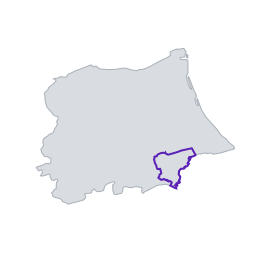 Ivory Coast, with Cavally highlighted, rotated 256°
{"feature_id": "CIV-3459", "entity_name": "Cavally", "entity_type": "Department", "adm_level": 1, "iso_a3": "CIV", "parent_name": "Ivory Coast", "parent_adm1": "", "projection": "equal_earth", "projection_center": [-7.856, 6.298], "detail": "fine", "context": "in_parent", "style": "outline", "palette": "violet", "viewbox_px": 256, "rotation_deg": 256, "n_neighbors": 0, "source": "natural_earth", "source_scale": "10m", "svg_char_len": 6280}
<svg xmlns="http://www.w3.org/2000/svg" viewBox="0 0 256 256"><g transform="rotate(256 128 128)"><path d="M72.3,46.7L72.9,46.7L74.7,46.0L76.3,44.4L77.8,41.2L79.8,38.6L82.1,38.7L82.7,38.3L83.5,38.2L84.5,39.9L85.4,41.2L86.1,41.2L86.6,43.7L90.8,44.8L92.5,45.5L94.0,47.3L94.6,47.3L95.2,46.9L95.7,46.3L95.8,45.6L95.1,44.0L95.4,42.5L96.1,41.2L97.1,41.1L98.8,40.7L100.6,40.7L102.0,41.0L102.5,39.6L102.0,35.9L102.1,33.9L102.3,32.2L102.9,31.5L104.9,33.7L106.8,34.4L108.1,34.5L108.5,34.1L107.9,31.7L108.1,31.0L108.6,30.6L109.5,30.4L111.8,29.4L112.1,29.6L112.5,33.3L112.3,34.5L112.8,37.0L113.5,39.4L113.4,40.3L112.9,41.8L112.3,43.1L112.4,43.7L113.3,44.6L115.2,45.5L117.1,45.7L118.1,44.4L119.2,43.2L120.0,42.3L120.2,40.8L121.4,39.7L124.8,38.4L128.0,38.2L128.7,38.6L130.2,40.6L132.0,42.1L134.7,41.9L136.7,42.7L138.5,44.3L139.6,47.8L140.9,50.3L141.5,53.9L143.5,55.8L145.0,56.6L147.2,59.2L149.4,60.6L151.6,60.3L152.7,61.6L154.4,62.6L156.1,62.7L157.6,59.7L159.6,58.5L164.5,56.1L166.5,55.0L168.5,54.3L173.3,54.1L177.8,54.8L180.0,55.4L181.5,55.0L182.9,56.4L184.4,59.4L185.7,60.3L186.9,61.4L187.8,63.7L188.9,66.1L189.5,67.1L190.9,69.4L192.0,69.5L193.2,68.5L193.6,67.7L193.9,69.3L193.4,71.7L193.5,73.3L194.2,73.9L193.8,75.8L192.5,79.2L192.5,81.2L193.9,81.8L194.8,83.9L195.4,87.6L195.9,88.8L196.0,89.5L197.0,98.3L198.2,107.1L197.5,108.2L196.4,108.5L195.8,108.9L195.6,109.8L196.0,111.0L195.8,112.1L194.5,112.8L191.7,115.6L191.5,116.7L190.8,119.1L190.2,120.6L189.3,123.3L187.9,130.4L187.4,136.3L187.3,138.1L186.8,139.4L186.1,141.2L183.1,146.3L181.6,150.4L181.8,152.2L181.9,154.0L181.4,155.3L181.5,158.8L181.9,161.8L182.5,164.6L184.7,172.8L185.8,177.7L186.5,181.7L187.2,184.4L187.8,185.5L188.0,186.5L191.3,187.2L191.9,187.8L192.8,193.0L192.7,195.4L192.0,196.3L192.0,198.3L191.9,200.7L191.4,201.7L189.6,201.8L188.4,202.8L186.7,202.4L186.6,201.8L185.7,201.6L183.3,200.2L183.7,195.6L182.6,195.5L181.7,196.0L180.0,201.5L179.2,202.4L167.1,199.6L164.5,197.4L161.4,196.8L155.9,197.1L151.4,197.8L150.1,199.1L161.5,198.3L162.7,198.5L163.3,199.3L148.9,201.1L143.4,202.2L141.8,201.9L140.6,200.1L134.6,199.9L133.4,200.5L132.7,201.8L135.0,201.5L138.7,201.4L139.7,202.4L128.1,203.7L120.1,206.1L116.7,207.9L105.5,213.8L98.6,216.6L96.8,217.7L93.7,220.6L89.7,222.4L85.3,225.8L82.5,226.6L81.9,225.5L81.8,219.7L81.4,212.0L81.6,209.0L81.9,206.3L82.0,204.0L83.3,203.1L83.7,202.1L83.9,199.1L85.2,196.4L85.2,191.6L85.6,190.6L85.8,189.4L85.3,186.3L84.6,180.4L84.2,180.0L83.9,180.2L83.2,180.3L80.4,178.3L78.2,177.9L76.7,176.2L76.6,174.2L75.9,173.1L75.4,170.8L74.6,168.2L72.5,166.6L70.4,166.2L69.0,166.5L67.3,166.4L65.4,165.6L64.1,164.6L62.8,162.6L61.7,161.1L60.8,161.3L59.6,160.9L58.5,160.2L58.1,159.7L62.8,153.6L64.4,150.6L64.6,148.8L64.6,146.9L65.1,145.0L65.2,142.2L62.6,131.7L62.0,128.5L61.3,127.5L60.9,127.2L62.2,125.8L64.0,126.2L66.7,127.2L67.3,126.2L69.4,120.9L69.3,119.0L69.1,117.6L70.3,114.0L71.3,112.6L71.8,111.1L71.7,109.0L70.9,108.3L70.0,108.4L68.8,107.9L67.1,106.7L66.2,105.7L66.4,100.9L66.6,99.4L67.2,98.6L68.2,98.3L70.9,98.2L73.1,98.7L75.1,99.1L76.1,99.0L76.9,100.5L78.0,101.9L79.0,101.9L79.4,100.8L79.1,96.1L78.5,93.6L77.0,91.2L73.2,89.2L73.1,86.3L73.5,83.2L74.3,82.1L77.1,80.1L76.6,79.0L75.7,77.9L73.9,76.8L74.3,73.1L74.4,69.8L72.9,70.1L71.3,70.3L70.0,69.3L68.9,67.3L68.7,61.8L68.7,55.4L68.5,52.6L68.9,51.1L70.3,49.7L71.7,47.9L72.3,46.7ZM185.2,202.5L184.6,203.7L181.5,202.9L182.2,201.9L185.2,202.5Z" fill="#d9dde1" stroke="#a8b0b8" stroke-width="1"/><path d="M59.4,158.1L59.8,157.6L61.4,155.8L61.9,155.1L62.0,155.2L64.3,157.2L64.5,157.3L64.9,157.0L65.1,156.9L65.4,156.8L65.6,156.7L66.1,156.2L66.3,156.0L66.3,155.9L66.3,155.7L66.3,155.4L66.3,155.2L66.3,154.7L66.6,154.7L66.8,154.7L67.0,154.6L67.1,154.3L67.0,153.9L66.9,153.8L67.0,153.6L67.5,153.2L67.7,153.3L67.7,153.5L67.8,153.6L68.1,153.5L68.3,153.2L68.4,152.9L68.4,152.3L68.4,151.9L68.5,151.8L68.8,151.6L68.9,151.3L69.0,151.2L69.3,151.0L69.5,150.8L69.7,150.6L69.8,150.6L69.9,150.3L69.7,149.6L69.6,149.4L69.5,149.1L69.5,148.9L69.7,148.4L69.8,148.0L69.7,147.8L69.7,147.7L69.9,147.6L70.1,147.5L70.2,147.3L70.2,147.1L70.3,147.0L70.6,147.0L70.8,146.8L71.8,145.7L72.3,145.4L72.9,145.8L73.0,145.9L73.2,146.1L73.6,146.7L73.8,146.8L74.0,146.9L74.3,147.0L74.9,147.2L75.1,147.3L75.2,147.5L75.3,147.8L75.6,148.7L75.7,148.9L75.9,149.2L76.2,149.3L76.6,149.4L80.4,149.3L80.7,149.2L80.8,147.6L80.9,147.4L81.1,146.6L82.6,146.3L85.1,146.3L85.3,146.3L85.9,146.0L88.1,145.6L88.4,145.6L88.6,145.6L89.3,145.8L91.1,145.6L91.3,145.6L92.0,146.2L92.3,146.4L93.4,146.6L93.6,146.6L93.9,147.3L93.9,147.6L93.8,147.8L93.7,148.0L93.6,148.3L93.6,148.6L93.6,148.8L93.7,149.1L93.8,149.3L94.0,149.5L94.5,149.7L94.6,149.8L94.8,150.1L95.1,150.5L95.2,150.8L95.3,151.2L95.7,153.8L95.7,154.0L95.6,154.4L95.6,154.5L95.5,154.9L95.6,155.8L94.9,157.3L94.8,157.8L95.1,158.2L94.9,158.2L94.3,158.4L94.2,158.4L93.8,158.7L93.8,158.8L93.5,159.4L93.4,159.5L93.2,159.6L92.9,159.8L92.5,160.2L92.4,161.2L92.5,165.3L92.8,171.4L93.1,172.7L93.2,175.5L92.9,185.0L85.9,186.9L85.4,187.0L85.1,186.2L84.7,183.7L84.7,182.6L84.9,181.3L84.8,180.2L84.0,179.8L84.0,180.7L83.8,181.2L83.7,181.4L83.3,180.8L83.2,180.4L82.8,180.3L82.9,179.8L82.7,179.9L82.4,180.2L82.2,180.4L81.7,179.8L81.5,179.6L81.7,179.2L81.1,178.8L81.0,178.7L80.6,178.4L80.1,178.2L79.8,177.8L79.5,177.4L79.4,177.3L79.1,177.7L78.9,178.3L78.5,178.5L78.1,177.7L77.9,177.4L76.9,176.7L76.6,176.2L76.6,175.1L76.9,174.8L76.9,174.7L76.8,174.4L76.7,174.3L76.6,174.2L76.5,173.5L76.4,173.2L76.2,173.0L76.0,172.9L75.7,173.0L75.5,173.3L75.2,172.9L75.1,172.3L75.2,171.6L75.3,170.9L75.6,169.7L75.6,169.3L75.2,168.7L74.2,167.6L74.0,167.1L73.9,167.0L73.7,167.0L72.0,166.6L71.7,166.2L71.3,166.1L70.6,166.1L69.6,166.3L69.3,166.5L68.8,166.8L68.5,166.9L68.1,166.9L67.9,166.9L67.8,166.7L67.5,166.5L67.2,166.4L65.5,165.8L65.2,165.7L65.2,165.4L65.2,165.1L65.1,164.9L64.9,164.8L64.7,165.0L64.4,164.7L64.1,164.4L63.9,164.2L63.6,164.6L63.4,164.4L63.1,164.4L62.8,164.6L62.6,164.9L62.3,164.5L62.4,164.3L62.6,164.2L62.7,163.9L62.6,163.7L62.4,163.1L62.4,162.8L62.5,162.3L62.7,162.1L62.7,161.9L62.4,161.5L61.7,160.9L61.4,160.5L61.3,160.3L61.2,160.6L61.1,161.2L60.9,161.8L60.6,162.1L60.2,161.9L59.5,160.7L59.2,160.3L59.0,160.2L58.4,160.3L58.2,160.2L57.8,160.2L58.4,159.2L58.5,159.1L58.8,159.1L58.9,158.9L59.0,158.4L59.4,158.1L59.4,158.1Z" fill="none" stroke="#5b21b6" stroke-width="2"/></g></svg>